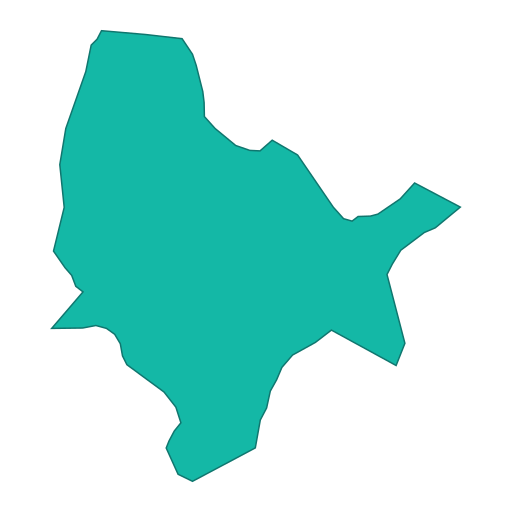 SVG path tracing the border of Lenart
{"feature_id": "SVN-208", "entity_name": "Lenart", "entity_type": "Municipality", "adm_level": 1, "iso_a3": "SVN", "parent_name": "Slovenia", "parent_adm1": "", "projection": "mercator", "projection_center": [15.838, 46.572], "detail": "fine", "context": "isolated", "style": "filled", "palette": "teal", "viewbox_px": 512, "rotation_deg": 0, "n_neighbors": 0, "source": "natural_earth", "source_scale": "10m", "svg_char_len": 912}
<svg xmlns="http://www.w3.org/2000/svg" viewBox="0 0 512 512"><path d="M101.5,30.7L145.5,34.5L182.1,38.7L192.5,54.3L196.2,65.4L202.8,91.6L204.1,102.5L204.4,116.6L215.1,128.5L235.7,145.5L249.8,150.4L260.0,150.9L272.2,140.2L297.6,155.0L333.3,207.2L343.6,218.7L352.1,221.1L358.1,216.5L370.4,216.1L377.9,214.1L400.2,198.9L414.6,183.0L460.3,207.1L435.3,227.8L424.3,232.5L400.8,250.2L392.3,264.1L387.0,274.5L404.9,343.3L396.1,365.5L331.4,330.1L315.4,342.4L292.6,355.0L281.9,367.4L276.6,379.8L270.3,391.1L266.6,408.0L260.3,420.0L255.3,447.9L192.5,481.3L178.1,474.3L166.2,448.0L169.0,441.0L174.3,431.0L180.9,422.8L175.9,407.2L164.0,392.0L126.9,364.7L122.5,355.9L120.3,343.7L114.7,334.3L106.5,328.4L95.9,325.5L82.7,328.0L51.7,328.4L83.0,291.9L75.8,286.3L71.7,275.4L65.1,267.8L53.5,251.1L64.2,207.4L59.8,164.6L65.8,128.5L85.8,71.6L91.2,45.1L97.1,39.2L101.5,30.7Z" fill="#14b8a6" stroke="#0f766e" stroke-width="1.5"/></svg>